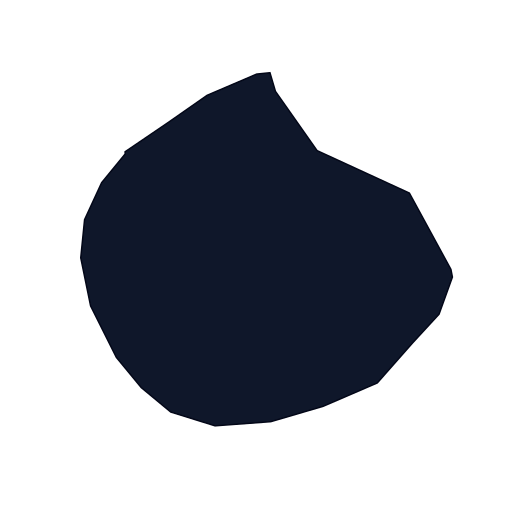 Mongwalu, Orientale, Democratic Republic of the Congo, rotated 335°
{"feature_id": "63176286B9060730940258", "entity_name": "Mongwalu", "entity_type": "district", "adm_level": 2, "iso_a3": "COD", "parent_name": "Democratic Republic of the Congo", "parent_adm1": "Orientale", "projection": "mercator", "projection_center": [30.235, 1.818], "detail": "fine", "context": "isolated", "style": "filled", "palette": "ink", "viewbox_px": 512, "rotation_deg": 335, "n_neighbors": 0, "source": "geoboundaries", "source_scale": "gbopen_adm2", "svg_char_len": 463}
<svg xmlns="http://www.w3.org/2000/svg" viewBox="0 0 512 512"><g transform="rotate(335 256 256)"><path d="M253.4,420.6L312.3,422.3L361.3,400.9L397.3,386.1L425.1,358.1L427.0,350.5L421.6,263.8L355.9,186.3L343.2,115.0L346.1,95.8L333.5,91.4L279.6,89.7L232.1,98.0L181.4,106.2L180.6,108.2L147.1,124.3L116.0,150.6L96.4,183.6L85.0,231.3L86.6,288.9L96.4,326.8L112.8,361.4L147.1,392.6L199.4,412.4L253.4,420.6Z" fill="#0f172a" stroke="#020617" stroke-width="1.5"/></g></svg>